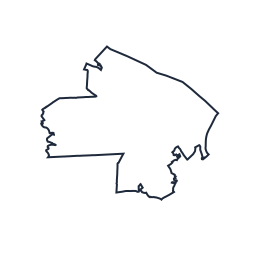 Milcov, Olt, Romania (Natural Earth projection), rotated 145°
{"feature_id": "2599482B38405500172940", "entity_name": "Milcov", "entity_type": "district", "adm_level": 2, "iso_a3": "ROU", "parent_name": "Romania", "parent_adm1": "Olt", "projection": "natural_earth1", "projection_center": [24.399, 44.373], "detail": "fine", "context": "isolated", "style": "outline", "palette": "slate", "viewbox_px": 256, "rotation_deg": 145, "n_neighbors": 0, "source": "geoboundaries", "source_scale": "gbopen_adm2", "svg_char_len": 5664}
<svg xmlns="http://www.w3.org/2000/svg" viewBox="0 0 256 256"><g transform="rotate(145 128 128)"><path d="M98.5,206.8L115.1,203.2L116.3,202.6L115.6,200.6L115.5,199.2L115.3,198.5L115.2,198.2L115.4,197.7L115.9,197.4L116.4,197.0L116.5,196.9L116.4,196.7L116.2,196.5L114.8,197.1L114.6,197.1L114.5,196.9L114.5,196.6L115.4,196.0L115.1,195.1L114.7,195.3L114.5,195.0L114.9,194.4L114.8,194.1L114.6,193.9L114.6,193.6L115.1,193.0L115.1,192.9L114.9,192.6L114.9,192.4L116.9,191.1L117.4,193.2L117.8,194.3L118.3,195.3L119.0,196.3L120.7,197.9L121.5,198.9L123.8,202.7L125.0,204.6L125.6,204.1L130.4,201.2L129.9,200.7L129.4,200.1L128.9,199.6L128.1,198.9L128.1,198.1L128.3,197.7L129.1,196.6L130.1,195.5L131.8,193.2L133.6,191.0L134.6,189.8L136.9,186.8L137.8,185.8L138.9,184.4L139.1,184.1L139.1,183.9L138.9,183.1L138.9,182.8L138.9,181.9L138.8,181.6L138.4,181.4L138.3,180.9L138.2,180.5L137.8,179.0L137.8,178.4L137.6,177.8L136.5,174.8L135.6,172.6L135.7,172.2L136.0,172.2L136.3,172.2L136.9,172.5L137.2,172.7L137.7,173.0L140.0,174.5L141.9,175.7L142.4,175.9L142.7,176.1L144.6,177.5L145.1,177.8L145.7,178.1L147.2,179.0L151.8,181.9L152.2,182.1L152.9,182.3L153.3,182.5L154.2,183.3L155.6,184.2L157.8,185.8L160.4,187.4L161.9,188.4L163.6,189.4L166.8,191.5L167.1,191.7L167.5,191.7L170.0,191.9L173.4,192.0L174.8,192.1L175.5,192.0L176.4,192.0L177.6,192.0L180.4,192.0L182.4,192.0L183.3,192.0L183.2,192.2L185.8,192.2L186.8,192.3L187.3,192.2L187.8,192.1L187.8,190.8L187.7,190.1L187.7,189.9L187.9,189.8L188.4,189.6L188.5,189.4L188.4,189.3L188.8,188.9L189.2,188.5L189.9,188.3L190.3,188.0L190.6,188.1L191.3,188.0L191.9,187.5L192.0,187.3L192.1,187.1L192.0,185.6L192.1,184.1L191.9,183.0L192.0,182.4L194.3,182.7L194.8,182.9L194.8,181.7L196.4,181.6L196.5,181.5L196.5,181.0L195.3,181.2L195.2,180.8L195.2,180.6L195.5,180.4L196.9,180.2L196.9,178.8L196.8,178.1L196.5,177.2L196.2,176.6L194.7,175.2L194.5,174.7L194.2,173.8L194.1,172.9L194.1,172.0L194.5,170.3L194.8,169.5L195.1,169.0L195.1,168.6L194.9,168.4L194.1,168.2L193.1,167.7L192.1,167.0L191.9,166.7L192.2,166.3L192.2,166.1L192.4,165.1L192.5,165.0L192.8,165.5L193.1,166.1L193.4,166.2L195.2,166.2L197.9,166.0L198.8,166.0L199.8,165.9L200.1,165.9L200.6,165.5L200.9,165.2L201.2,164.7L201.4,163.5L201.5,163.3L201.6,163.0L201.4,162.6L200.8,162.1L200.4,161.6L199.6,160.5L199.4,160.0L199.0,159.5L198.8,159.3L198.8,158.9L198.5,158.2L198.3,157.9L197.4,156.6L197.0,155.8L197.0,155.7L197.4,155.7L197.6,155.9L198.8,157.1L199.7,157.8L200.4,158.3L201.0,158.6L202.0,158.9L202.7,159.1L203.6,159.2L204.0,159.2L204.3,159.0L204.5,158.8L204.7,158.4L204.8,158.2L204.7,157.6L204.6,157.2L204.7,156.9L205.0,156.6L205.4,156.5L205.6,156.5L207.4,156.8L207.6,156.8L207.7,156.7L208.1,156.4L208.2,156.1L208.2,155.8L208.2,155.4L208.0,154.5L207.9,153.5L208.0,152.5L208.3,151.2L208.6,150.8L209.2,150.4L209.7,150.1L210.3,149.9L198.1,142.2L196.9,141.4L192.1,138.4L186.1,134.7L183.3,132.8L180.7,131.2L178.4,129.7L175.9,128.1L173.7,126.7L172.8,126.2L171.3,125.1L146.5,109.6L149.7,108.0L154.2,105.7L155.7,104.9L156.4,105.1L156.9,104.9L157.1,104.7L159.0,102.0L161.8,98.4L163.4,96.2L163.9,95.6L166.3,92.6L166.8,92.0L167.0,91.8L167.4,91.1L167.9,90.5L168.3,89.9L168.5,89.6L169.1,89.3L169.3,88.8L169.4,88.2L174.5,81.8L168.6,78.8L166.6,78.0L165.1,77.1L161.8,74.7L160.6,74.0L158.3,72.4L157.6,71.7L157.3,71.2L157.1,70.7L156.9,70.4L156.2,69.9L155.6,69.7L154.6,71.2L152.7,74.2L151.5,74.4L150.5,74.8L149.9,74.8L150.2,70.7L153.5,70.4L153.8,70.1L153.3,68.8L153.2,68.5L153.2,68.2L153.3,67.4L153.2,67.3L153.0,66.9L152.2,65.9L151.3,65.0L150.9,64.8L150.2,64.6L150.4,62.3L150.4,61.1L150.3,60.1L150.2,59.7L149.8,58.9L149.4,59.1L148.3,57.8L147.3,57.1L146.9,56.9L146.6,56.7L146.4,56.6L145.5,55.5L145.0,55.2L144.9,55.2L142.9,52.6L142.5,52.1L141.9,50.9L141.6,50.4L141.6,50.2L140.1,50.5L137.5,50.3L137.4,50.2L132.6,49.6L127.0,49.2L127.0,49.4L127.1,49.6L127.4,50.0L127.4,50.3L127.3,50.6L127.2,50.8L126.7,51.2L126.4,51.5L126.0,52.3L125.3,53.0L124.7,53.5L124.4,53.6L124.1,53.7L123.2,54.1L122.3,54.8L122.0,55.1L121.7,55.2L120.9,55.4L120.8,55.6L121.0,55.8L121.5,56.1L122.0,56.6L122.2,56.9L122.3,57.1L122.7,57.3L123.0,57.5L123.4,58.0L123.5,58.1L123.4,58.2L123.1,58.2L122.9,58.2L122.7,58.1L121.9,57.5L120.7,56.5L120.1,56.2L118.9,56.4L118.6,56.5L118.3,56.7L118.2,56.9L118.2,57.1L118.3,57.3L118.4,57.5L119.6,58.3L120.0,58.9L119.8,59.6L119.7,59.8L119.6,60.0L119.4,60.2L118.9,60.3L118.8,60.2L118.3,60.0L117.8,59.8L117.6,61.0L116.9,61.1L117.1,61.4L117.2,61.6L117.2,61.8L116.9,62.3L116.6,62.6L116.5,62.8L116.6,63.1L116.7,63.4L117.0,63.7L117.1,64.0L117.4,64.7L117.8,65.3L118.1,65.9L118.2,66.2L118.1,66.4L117.7,67.3L117.3,68.7L117.0,69.4L116.9,70.1L116.8,71.1L116.9,71.9L116.8,74.1L113.4,73.9L111.5,74.2L111.5,75.0L108.6,75.0L107.1,74.5L106.4,73.6L105.0,74.3L101.5,74.8L101.4,75.1L103.7,75.1L104.2,75.7L104.2,76.3L101.2,76.5L101.0,77.0L103.2,77.1L103.7,78.7L104.8,78.7L105.5,79.0L105.9,79.3L106.1,79.7L106.0,80.0L105.6,80.5L105.4,81.4L105.6,82.7L105.3,82.8L103.2,82.9L102.2,83.6L101.6,84.1L101.0,84.3L99.8,84.5L98.5,84.4L97.6,84.2L97.7,82.3L97.4,80.7L97.5,79.9L97.6,79.4L97.8,78.4L97.7,76.8L97.9,73.6L97.6,68.2L97.3,68.2L97.1,68.1L91.0,69.0L89.6,69.2L89.5,69.3L86.9,70.3L86.5,70.5L85.8,71.2L84.3,72.9L84.1,73.6L79.5,73.1L79.4,73.0L79.4,71.4L80.8,69.4L81.3,68.8L82.8,63.5L83.2,62.7L83.5,61.4L84.8,61.0L85.3,60.1L84.8,59.5L83.3,59.8L83.5,59.4L81.5,59.5L79.3,59.7L77.1,60.1L77.4,61.8L77.4,62.7L77.3,63.5L77.2,64.0L76.6,66.0L76.2,66.8L75.7,67.5L75.1,68.1L74.7,68.7L72.2,72.1L70.8,73.9L69.5,75.3L67.8,76.9L66.2,78.2L62.7,80.3L59.0,82.1L54.2,84.7L49.3,87.4L45.7,88.4L46.9,94.0L49.3,106.1L51.2,113.0L53.8,123.8L56.9,134.4L66.8,149.2L72.8,156.8L77.0,169.3L87.3,187.0L97.2,202.7L98.5,206.8Z" fill="none" stroke="#1e293b" stroke-width="2"/></g></svg>